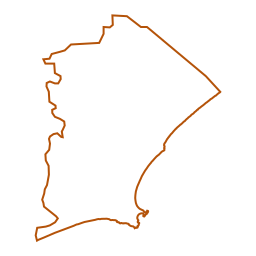 La Paloma, Rocha, Uruguay (Robinson projection)
{"feature_id": "84410073B66166810311387", "entity_name": "La Paloma", "entity_type": "district", "adm_level": 2, "iso_a3": "URY", "parent_name": "Uruguay", "parent_adm1": "Rocha", "projection": "robinson", "projection_center": [-54.156, -34.573], "detail": "fine", "context": "isolated", "style": "outline", "palette": "amber", "viewbox_px": 256, "rotation_deg": 0, "n_neighbors": 0, "source": "geoboundaries", "source_scale": "gbopen_adm2", "svg_char_len": 4602}
<svg xmlns="http://www.w3.org/2000/svg" viewBox="0 0 256 256"><path d="M37.0,240.6L38.4,239.8L43.8,237.6L54.7,232.9L73.7,225.8L76.5,224.5L78.2,224.2L81.8,222.9L84.5,222.0L95.3,219.8L96.6,219.4L97.4,219.2L98.1,219.1L98.7,219.0L99.3,219.1L100.0,219.2L101.1,218.9L101.8,218.9L102.7,218.8L103.8,218.8L105.1,218.8L106.2,218.7L107.2,218.8L108.2,219.0L109.2,219.2L109.8,219.6L110.4,220.0L110.8,220.1L111.4,220.1L112.2,220.0L112.8,220.0L113.4,220.1L114.1,220.1L114.9,220.1L115.7,220.3L116.3,220.6L116.8,220.9L116.7,221.4L116.9,221.8L117.2,222.1L117.9,222.2L118.0,222.1L118.5,222.1L118.9,222.3L119.2,222.5L119.3,222.9L119.6,223.2L120.0,223.3L120.4,223.3L120.7,223.3L121.1,223.0L121.5,223.0L122.9,223.4L123.3,223.3L123.6,223.4L124.1,223.2L124.6,223.3L125.4,223.2L126.1,223.2L126.7,223.4L127.3,223.6L128.1,223.7L128.4,224.0L128.8,224.2L128.8,224.6L129.2,225.0L129.8,225.3L130.2,225.7L130.7,225.9L131.2,226.1L131.8,226.2L132.4,226.3L133.0,226.3L133.5,226.6L133.8,226.9L134.2,227.2L134.4,227.5L134.5,227.8L134.7,228.2L135.4,227.8L135.6,227.6L136.1,227.9L136.5,227.7L136.8,227.4L137.0,227.6L137.4,227.6L137.6,227.2L137.8,226.8L137.6,226.6L137.5,226.3L137.6,226.0L138.0,225.8L138.4,225.5L138.6,225.3L138.7,224.9L138.7,224.6L138.8,224.2L138.9,223.7L139.1,223.6L139.2,223.3L139.2,223.0L139.0,222.8L138.9,222.7L138.7,222.6L138.3,222.6L138.1,222.6L137.9,222.4L137.8,222.2L137.7,222.0L137.7,221.8L137.8,221.6L137.9,221.1L138.0,221.0L138.2,220.7L138.3,220.4L138.3,220.2L138.0,219.9L137.6,219.1L137.3,218.4L137.3,217.3L137.6,216.3L138.1,215.3L138.7,214.6L139.3,214.1L139.9,213.8L140.7,213.5L141.5,213.3L142.4,213.3L142.8,213.4L143.1,213.6L143.5,213.9L143.5,214.1L143.6,214.3L143.6,214.5L143.5,215.0L143.4,215.3L143.3,215.8L143.3,216.1L143.5,216.3L143.9,216.4L144.2,216.5L144.6,216.1L145.1,215.5L145.4,214.9L145.7,214.6L145.9,214.4L146.3,214.1L146.6,213.9L146.8,213.8L146.8,213.7L146.7,213.5L146.7,213.3L146.9,213.2L147.1,213.1L147.3,213.0L147.5,212.8L147.6,212.7L147.8,212.4L147.9,212.2L147.9,211.9L148.0,211.6L148.0,211.4L148.1,211.2L147.9,210.9L147.5,210.8L147.5,211.0L147.4,211.2L147.0,211.3L146.7,211.3L146.6,211.5L146.6,211.8L146.3,212.2L146.2,212.3L146.0,212.5L145.9,212.6L145.4,212.5L144.9,212.2L144.3,212.0L143.3,210.5L143.0,210.4L142.7,210.3L142.4,210.1L140.1,209.0L139.9,208.9L138.8,208.0L137.9,207.0L137.2,206.1L136.5,204.7L136.1,203.5L135.9,203.0L135.6,201.3L135.4,199.9L135.2,197.9L135.3,196.9L135.3,196.1L135.5,194.1L135.9,191.3L136.6,188.9L137.1,187.1L137.8,185.4L139.2,182.2L139.6,181.2L140.5,179.3L141.9,176.1L144.0,172.5L144.7,171.3L145.4,170.2L146.2,169.1L146.8,168.3L147.5,167.2L148.4,165.9L150.1,163.8L150.2,163.6L150.6,163.3L150.9,162.9L151.7,161.7L152.4,161.1L154.5,158.7L156.8,156.2L157.3,156.0L157.6,155.6L158.6,154.9L159.0,154.6L160.0,153.5L160.4,153.2L161.0,152.4L161.3,152.2L161.8,151.7L162.1,151.5L162.4,151.3L163.4,150.8L164.3,150.3L164.4,149.7L164.3,149.2L164.4,148.9L164.2,148.6L164.2,148.3L164.2,148.0L164.5,147.8L164.3,147.1L164.6,146.4L164.4,145.8L164.2,145.6L164.1,145.4L164.2,145.2L164.2,144.9L164.1,144.6L164.3,143.8L164.8,143.0L165.1,142.7L165.3,142.4L167.2,139.0L167.8,138.4L168.2,137.6L169.1,136.7L169.2,136.3L169.7,135.9L170.0,135.4L170.4,134.9L170.8,134.3L172.0,133.2L173.8,131.0L174.5,130.3L175.3,129.3L175.6,129.1L176.0,128.7L176.4,128.5L176.6,128.0L179.4,125.6L180.3,124.7L180.8,124.5L181.5,123.8L182.1,123.4L183.0,122.4L183.5,122.0L184.0,121.5L185.0,120.9L185.8,119.8L186.3,119.5L186.8,118.9L187.6,118.4L188.2,117.6L190.5,115.9L191.5,114.7L193.4,113.5L194.7,112.0L195.4,111.6L195.9,111.1L196.5,110.6L197.0,110.0L197.5,109.7L198.0,109.5L198.3,108.8L200.4,107.4L200.9,106.9L201.7,106.3L203.2,105.2L203.8,104.7L205.0,103.7L205.4,103.3L205.9,102.9L207.0,102.2L207.8,101.5L208.9,100.7L209.3,100.3L209.7,100.1L210.4,99.3L212.0,98.4L213.3,97.3L214.5,96.4L215.1,95.9L215.9,95.6L216.6,94.9L218.2,93.5L219.5,92.6L219.8,92.4L220.0,92.3L220.3,91.9L205.9,76.2L147.0,27.0L140.9,27.0L126.9,16.2L112.4,15.4L112.8,24.9L109.8,27.4L103.6,27.0L103.6,33.8L99.2,42.9L71.0,44.5L64.8,50.4L60.0,51.8L51.7,54.0L49.5,58.7L43.4,59.3L45.4,63.6L54.2,63.6L54.9,73.1L60.5,76.1L60.7,79.1L58.2,83.4L54.9,83.4L49.9,81.5L46.7,83.0L46.5,86.5L48.8,91.7L49.4,101.7L55.5,105.6L55.7,108.2L52.2,109.8L52.3,113.0L54.9,116.8L60.0,118.9L64.2,121.5L64.7,125.5L62.7,129.9L61.8,131.5L62.7,137.2L61.2,136.9L57.3,133.3L53.5,134.1L50.0,136.5L49.0,138.9L50.0,143.6L49.2,149.8L45.4,154.3L45.8,160.5L48.6,165.8L48.9,174.7L47.0,185.1L44.8,189.3L44.2,193.5L42.2,199.7L43.4,202.9L44.0,206.6L56.1,216.3L57.8,218.4L55.1,222.3L49.8,225.4L45.8,226.6L37.2,227.8L35.7,235.4L37.0,240.6Z" fill="none" stroke="#b45309" stroke-width="2"/></svg>